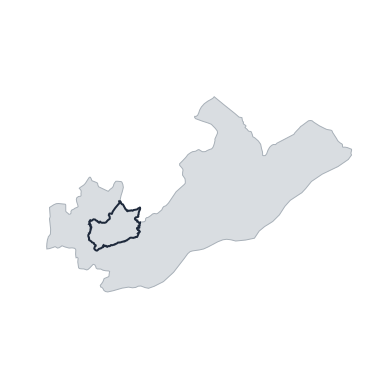 where Lékoumou sits in Republic of the Congo, rotated 39°
{"feature_id": "COG-3344", "entity_name": "Lékoumou", "entity_type": "Region", "adm_level": 1, "iso_a3": "COG", "parent_name": "Republic of the Congo", "parent_adm1": "", "projection": "natural_earth1", "projection_center": [13.496, -3.075], "detail": "fine", "context": "in_parent", "style": "outline", "palette": "slate", "viewbox_px": 384, "rotation_deg": 39, "n_neighbors": 0, "source": "natural_earth", "source_scale": "10m", "svg_char_len": 8970}
<svg xmlns="http://www.w3.org/2000/svg" viewBox="0 0 384 384"><g transform="rotate(39 192 192)"><path d="M91.0,293.7L92.6,288.9L93.8,286.6L95.3,285.1L101.1,281.3L102.0,281.5L106.0,286.4L107.3,286.7L108.7,286.6L110.4,286.8L111.2,285.9L111.3,284.6L110.1,283.2L109.9,281.7L110.8,280.0L111.3,278.2L112.5,276.0L112.7,275.0L111.3,273.9L108.6,272.2L106.8,270.6L106.1,269.0L106.6,267.0L108.1,265.4L108.0,264.5L106.7,263.1L105.7,261.5L104.7,260.6L102.0,260.0L102.5,257.9L103.5,254.8L103.7,252.4L103.0,246.3L103.0,245.1L103.8,244.5L105.4,245.2L107.1,246.2L111.5,244.8L113.1,244.6L114.4,245.8L116.2,246.7L126.5,244.2L126.7,241.5L127.3,239.1L127.3,237.4L126.9,236.2L126.4,235.3L126.1,233.6L126.1,231.6L127.1,230.7L130.4,228.5L131.4,228.5L133.7,229.8L135.8,231.7L137.7,235.8L139.1,239.4L141.2,243.6L145.7,245.4L151.0,246.5L153.9,246.2L158.1,242.6L160.4,239.7L161.2,238.2L162.6,239.0L164.1,242.7L165.1,244.2L165.3,245.5L164.6,247.3L165.3,248.4L168.2,249.2L170.7,248.4L171.9,246.9L173.8,244.9L173.8,243.2L172.8,242.1L172.8,240.6L173.8,239.5L174.8,236.3L175.2,233.9L176.2,232.4L178.0,231.4L178.7,230.4L179.8,224.9L179.2,222.8L179.2,221.2L180.4,219.0L180.7,215.5L179.5,201.8L181.3,190.7L181.2,189.3L179.8,187.6L178.2,186.1L174.0,184.8L172.4,182.7L171.2,180.6L170.2,179.9L165.6,179.0L164.6,177.8L165.0,174.3L165.4,169.1L165.3,165.5L166.1,162.6L167.0,160.4L169.1,158.1L170.1,155.4L170.7,154.7L174.6,154.2L176.0,153.1L177.1,152.0L177.6,150.4L178.9,147.9L180.1,146.1L180.2,144.9L180.0,143.3L178.8,140.1L177.4,137.4L176.5,136.5L174.8,130.2L173.3,128.7L170.2,127.9L164.4,127.2L160.9,128.3L155.5,130.4L148.8,132.7L147.2,132.5L146.5,131.5L147.6,130.7L148.1,128.8L147.4,126.1L146.4,123.5L145.8,120.0L146.0,115.6L147.1,111.5L149.2,106.2L149.3,104.0L162.2,104.1L176.1,104.0L181.4,104.2L184.0,102.8L186.4,104.9L187.6,105.4L188.0,105.2L188.9,106.7L192.0,106.5L192.5,106.9L192.7,108.6L195.5,108.6L196.9,109.0L198.0,109.0L199.7,107.9L200.8,108.3L203.0,109.6L204.5,110.8L206.6,110.4L211.5,110.6L215.3,111.7L219.1,114.8L221.6,116.5L223.9,119.1L224.8,118.7L226.0,117.6L226.0,115.4L224.7,111.6L224.2,108.4L224.5,105.7L225.4,103.8L227.1,102.6L227.3,100.6L234.9,83.1L234.7,81.1L234.9,78.0L235.2,74.7L235.2,72.7L235.7,71.3L237.7,63.4L238.8,62.1L240.4,61.1L242.9,61.1L249.3,60.4L255.3,59.1L257.3,58.6L261.1,56.5L262.5,56.4L263.7,57.2L271.0,59.6L273.0,60.5L273.7,60.4L274.8,60.6L276.5,60.6L278.2,60.3L279.2,60.6L280.6,62.2L281.4,62.0L282.6,60.9L284.8,59.7L289.0,58.4L289.7,59.0L291.1,61.9L292.7,62.9L293.0,68.3L289.5,80.2L282.0,96.1L278.2,108.6L278.2,117.8L277.8,123.5L276.6,127.1L273.6,136.6L273.2,144.7L274.3,154.7L273.3,164.1L270.2,173.1L268.8,180.1L269.6,188.6L263.9,195.6L256.8,202.6L252.2,204.7L248.6,207.0L246.1,209.7L243.4,214.4L239.1,224.5L236.9,228.9L234.0,232.6L229.7,237.2L228.1,239.4L227.5,242.6L227.8,248.4L228.2,266.0L226.2,279.6L222.0,289.0L218.8,294.2L215.7,295.8L211.5,297.2L209.5,299.0L208.3,301.6L206.0,303.9L202.5,305.9L198.2,310.7L192.9,318.3L189.4,322.7L187.4,323.8L185.4,323.9L183.4,323.0L181.7,322.9L180.8,323.3L179.4,322.2L179.5,320.5L179.2,317.6L178.2,314.6L180.5,310.3L180.3,309.4L179.2,307.8L178.0,305.6L176.9,305.8L174.5,307.5L172.0,308.8L169.6,309.3L166.8,311.4L165.2,311.4L164.3,310.6L162.4,309.8L161.3,310.1L160.7,310.5L160.3,315.6L159.9,317.8L159.2,318.8L156.3,319.9L154.3,321.4L152.6,322.4L151.5,322.2L147.3,318.3L145.1,315.1L143.8,315.1L143.4,316.1L142.7,315.6L140.6,313.5L138.2,310.2L137.3,309.7L136.0,309.7L133.9,310.9L131.8,312.9L128.0,314.6L124.8,315.6L124.5,316.8L123.8,318.9L122.8,320.2L120.0,320.6L119.0,322.4L116.6,326.0L115.0,327.6L114.5,326.9L113.6,326.1L111.6,323.3L109.6,319.9L109.1,318.3L108.6,317.4L108.5,313.9L105.5,309.8L98.1,302.5L97.3,300.4L91.0,293.7Z" fill="#d9dde1" stroke="#a8b0b8" stroke-width="1"/><path d="M161.4,236.9L161.5,236.9L161.8,237.2L162.2,237.6L162.5,238.2L162.7,238.8L163.0,240.1L163.6,241.6L163.9,242.1L164.4,242.7L164.6,243.0L164.7,243.9L164.9,244.1L165.2,244.3L165.5,244.5L165.8,245.1L165.7,245.3L165.4,245.5L165.0,246.5L164.5,246.8L164.3,247.1L164.2,248.3L164.7,248.9L165.3,249.1L165.9,249.1L166.5,249.0L167.0,248.7L167.5,248.5L167.7,248.8L167.8,249.3L168.0,249.5L169.4,249.1L169.6,249.0L169.9,249.1L170.3,249.3L170.6,249.5L170.8,249.4L171.0,249.2L171.1,248.8L171.4,249.2L171.6,250.1L172.4,250.9L172.5,251.2L172.5,251.3L172.5,251.5L172.4,251.5L172.2,251.6L171.9,251.7L171.7,251.9L171.8,252.1L171.9,252.3L172.3,252.6L172.5,252.7L172.8,252.6L173.2,252.5L173.4,252.7L173.5,252.9L173.4,253.2L173.2,253.3L172.8,253.6L172.5,254.0L172.1,254.3L172.0,254.5L172.2,254.9L172.3,255.1L172.6,255.2L173.0,255.2L173.4,255.3L173.7,255.5L173.9,255.6L174.2,255.5L174.6,255.2L174.9,255.2L175.1,255.2L175.3,255.4L175.5,255.5L175.8,255.5L176.1,255.5L176.4,255.6L176.5,255.8L176.5,256.0L176.4,256.3L176.1,257.0L176.0,257.3L176.0,257.6L176.4,257.3L176.5,257.3L176.6,257.5L176.7,258.0L177.5,260.8L177.6,261.2L177.6,261.5L177.4,261.7L177.2,261.9L176.8,262.1L176.7,262.2L176.5,262.4L176.4,262.6L176.4,263.0L176.3,263.3L176.2,263.4L175.9,263.7L175.7,263.8L175.6,264.1L175.4,264.5L173.4,265.8L172.9,266.3L172.8,266.5L172.7,266.7L172.3,268.6L171.9,269.7L171.8,270.0L171.8,270.4L171.8,270.6L171.7,270.8L171.4,271.0L171.1,271.8L171.0,272.1L170.9,272.2L170.7,272.3L170.6,272.5L170.7,272.9L170.6,273.0L170.2,273.2L170.0,273.3L169.9,273.5L169.6,274.2L169.1,274.5L168.9,274.9L168.7,275.3L168.6,275.5L167.6,276.8L167.3,276.9L166.9,277.3L166.3,277.9L166.2,278.0L166.2,278.3L166.2,278.6L166.0,279.1L165.9,279.4L165.6,280.1L165.4,280.3L165.1,280.6L165.0,280.8L165.1,281.2L165.0,281.4L165.0,281.5L164.9,281.7L164.6,281.9L163.6,283.5L163.1,283.9L162.9,283.9L162.7,284.0L162.4,284.3L162.3,284.6L162.3,284.8L162.4,285.1L162.3,285.3L162.2,285.7L162.1,285.9L162.0,286.0L161.7,286.2L161.5,286.3L161.1,286.6L160.9,286.8L160.8,287.1L160.8,287.3L160.8,287.7L160.7,287.9L160.6,288.0L160.4,288.0L160.1,288.1L159.5,287.9L159.4,287.9L159.2,287.9L158.9,288.0L158.9,288.4L158.8,288.6L158.3,288.9L158.1,289.0L157.8,288.9L157.7,288.9L157.3,288.8L157.0,288.9L156.8,289.0L156.7,289.0L156.8,289.7L156.8,289.8L157.1,289.9L157.3,289.9L157.3,290.0L157.3,290.4L157.3,290.5L157.6,290.7L157.6,290.8L157.5,291.0L157.3,291.4L157.1,291.7L156.8,292.0L156.7,292.2L156.7,292.5L156.7,293.0L156.5,293.4L155.8,294.2L155.6,294.5L155.5,294.8L155.4,295.0L155.5,295.5L155.4,295.8L155.2,296.9L155.1,297.2L155.0,297.4L154.8,297.5L154.5,297.6L154.1,297.8L153.6,297.9L153.4,297.9L152.5,297.7L152.1,297.7L151.9,297.6L151.7,297.5L151.5,297.3L151.4,297.1L150.9,295.6L150.9,295.4L151.0,295.1L151.0,294.9L151.1,294.6L151.0,294.4L150.9,294.2L150.6,294.0L150.4,294.1L150.2,294.1L149.7,294.0L149.1,294.1L148.8,294.1L148.6,294.0L148.0,293.5L147.7,293.5L147.3,293.6L146.1,294.0L145.8,294.1L145.1,293.8L144.9,293.8L144.7,293.8L143.3,293.9L142.8,294.0L142.5,294.1L142.2,294.0L142.0,293.9L141.9,293.7L141.7,293.3L141.6,293.2L141.4,293.2L141.2,293.0L141.1,292.8L141.0,292.6L140.8,292.4L140.2,292.2L139.9,292.0L139.9,291.9L139.5,291.8L138.7,291.0L138.4,290.4L138.4,289.2L138.2,289.0L138.0,288.9L138.2,288.6L138.3,288.5L138.4,287.9L138.1,287.8L137.9,287.5L137.5,286.1L137.4,285.9L137.1,285.6L137.1,285.4L137.0,285.1L137.0,284.9L136.9,284.8L136.5,284.8L136.4,284.7L136.3,284.2L136.4,283.9L136.3,283.6L135.9,283.4L136.2,283.2L135.9,282.6L135.5,282.5L134.4,282.5L133.8,282.2L134.0,281.4L133.4,281.3L133.1,281.3L132.6,281.6L132.2,281.7L132.2,280.5L132.0,280.4L131.8,280.4L131.5,280.4L131.4,280.1L131.4,279.8L131.3,279.5L131.1,279.4L130.8,279.4L130.8,279.1L131.0,278.8L130.7,278.4L130.7,278.0L130.8,278.0L130.9,277.9L131.1,277.8L131.7,277.8L131.8,277.7L132.0,277.6L132.2,277.0L132.5,275.6L132.6,275.4L132.7,275.2L132.8,275.1L133.3,274.9L133.7,274.6L133.8,274.5L134.0,274.4L134.5,274.4L135.3,274.5L135.5,274.5L135.8,274.5L136.2,274.2L136.3,274.2L136.6,274.1L136.8,274.1L137.1,274.2L137.4,274.5L137.5,274.5L138.0,274.3L138.3,274.1L138.5,274.0L138.9,274.2L139.0,274.3L139.3,274.1L139.3,273.1L139.3,272.9L139.6,272.9L140.0,273.0L140.4,272.9L141.0,272.7L141.4,272.6L141.8,272.3L142.0,272.0L142.3,271.7L143.1,271.3L144.0,270.2L144.2,269.8L144.3,269.4L144.3,267.6L144.5,266.2L144.9,265.1L144.9,264.7L144.7,264.2L143.3,262.8L143.1,262.7L142.7,262.7L142.1,262.5L141.9,262.4L141.8,262.2L141.7,262.0L141.6,261.5L141.4,261.1L141.4,260.7L141.6,260.5L142.0,260.3L142.1,260.2L142.5,259.8L142.7,259.7L143.1,259.6L143.4,259.5L143.4,259.3L143.4,259.1L142.9,257.6L142.7,257.1L142.4,252.7L142.5,247.3L142.8,245.9L142.8,245.6L142.7,245.4L142.3,245.3L142.1,245.4L141.9,245.5L141.6,245.5L141.4,245.3L141.2,245.1L141.7,244.5L142.1,244.4L142.7,244.6L144.5,245.5L145.1,245.6L145.3,245.6L145.9,245.2L146.2,245.2L146.4,245.2L151.1,247.2L151.6,247.3L152.1,247.2L152.7,247.3L152.9,247.3L153.2,247.1L153.4,247.2L153.6,247.6L153.8,247.6L154.1,247.4L154.2,247.2L154.3,246.9L154.4,246.6L154.7,246.3L155.6,245.6L155.8,245.3L156.2,244.8L156.4,244.5L156.8,244.3L157.4,244.1L157.7,243.8L157.8,243.6L157.9,242.9L158.1,242.6L160.1,240.3L160.3,239.9L160.4,239.6L160.5,239.0L160.5,238.6L160.8,238.0L161.4,237.1L161.4,236.9Z" fill="none" stroke="#1e293b" stroke-width="2"/></g></svg>